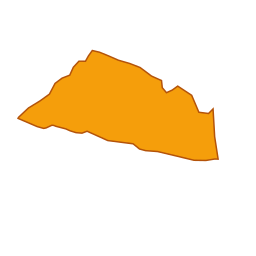 SVG path tracing the border of Xaçmaz, rotated 139°
{"feature_id": "AZE-1730", "entity_name": "Xaçmaz", "entity_type": "District", "adm_level": 1, "iso_a3": "AZE", "parent_name": "Azerbaijan", "parent_adm1": "", "projection": "albers", "projection_center": [48.76, 41.597], "detail": "fine", "context": "isolated", "style": "filled", "palette": "amber", "viewbox_px": 256, "rotation_deg": 139, "n_neighbors": 0, "source": "natural_earth", "source_scale": "10m", "svg_char_len": 751}
<svg xmlns="http://www.w3.org/2000/svg" viewBox="0 0 256 256"><g transform="rotate(139 128 128)"><path d="M51.3,86.6L68.3,64.6L80.4,45.4L82.9,47.7L90.5,52.4L99.3,60.3L121.1,90.8L129.6,99.4L133.1,104.6L134.5,112.7L151.5,131.8L161.0,152.4L166.1,154.3L170.3,158.6L173.5,163.8L175.5,168.1L181.3,176.6L182.3,178.6L183.6,180.0L189.8,181.8L191.9,183.0L195.6,188.6L204.7,207.4L204.7,207.5L203.2,207.9L189.9,208.4L176.8,206.2L165.1,205.1L153.8,209.5L145.1,208.9L137.3,206.1L129.4,209.7L121.2,210.6L116.3,206.3L110.4,208.4L104.1,209.9L99.8,203.9L95.2,194.8L90.8,185.5L84.4,175.6L79.2,165.7L76.2,151.8L71.6,141.8L75.7,135.9L75.8,129.4L69.7,127.6L63.0,127.0L58.5,110.9L64.2,93.4L57.7,86.1L51.3,86.6Z" fill="#f59e0b" stroke="#b45309" stroke-width="1.5"/></g></svg>